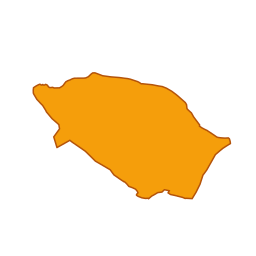 Melhan, Al Hudaydah, Yemen, rotated 135°
{"feature_id": "15242507B19184333962868", "entity_name": "Melhan", "entity_type": "district", "adm_level": 2, "iso_a3": "YEM", "parent_name": "Yemen", "parent_adm1": "Al Hudaydah", "projection": "mercator", "projection_center": [43.334, 15.324], "detail": "fine", "context": "isolated", "style": "filled", "palette": "amber", "viewbox_px": 256, "rotation_deg": 135, "n_neighbors": 0, "source": "geoboundaries", "source_scale": "gbopen_adm2", "svg_char_len": 2316}
<svg xmlns="http://www.w3.org/2000/svg" viewBox="0 0 256 256"><g transform="rotate(135 128 128)"><path d="M87.5,150.6L87.7,151.7L88.0,152.8L88.4,154.0L91.8,160.8L93.4,163.3L95.0,165.3L95.4,165.8L96.9,167.8L98.6,170.0L104.0,176.3L106.1,179.1L109.0,182.9L111.4,188.3L112.4,190.4L113.3,191.2L113.8,191.8L115.4,192.2L119.8,192.3L122.5,193.3L124.2,194.7L126.7,197.2L130.7,201.1L132.4,202.1L135.0,203.0L137.1,204.0L137.9,204.2L139.1,204.6L141.2,204.4L143.3,204.0L144.6,204.0L146.0,204.3L148.0,204.8L151.9,208.5L152.2,209.2L152.5,210.0L153.5,210.8L154.7,211.8L154.9,212.5L155.1,213.0L155.1,213.5L155.0,214.0L154.8,214.8L154.8,215.7L155.0,216.2L155.3,216.9L155.6,217.2L156.1,217.3L156.4,217.3L156.9,217.6L157.2,217.9L157.4,218.2L157.5,218.6L157.5,219.0L158.0,219.2L158.4,219.2L158.7,219.4L159.0,219.8L159.0,220.4L159.2,220.9L159.4,221.3L160.0,221.6L161.0,222.0L163.3,222.7L166.3,223.3L168.2,221.8L170.2,219.7L170.5,219.1L170.7,218.5L172.2,212.7L172.3,209.0L172.4,207.6L172.4,204.3L173.7,198.7L174.3,197.1L175.1,188.3L174.5,179.3L177.0,175.8L186.8,174.2L192.0,164.5L192.0,164.4L181.4,161.4L177.8,160.4L177.5,157.6L175.3,145.8L174.9,143.5L174.8,142.9L174.6,141.7L174.5,134.0L174.5,133.7L174.5,128.5L174.5,127.7L170.1,111.0L170.5,108.7L170.7,107.5L171.1,104.8L171.1,104.7L170.2,99.8L170.1,99.3L170.1,99.0L169.5,95.9L168.9,93.0L168.7,93.0L168.4,91.6L168.4,89.2L168.7,86.1L167.1,82.7L165.9,79.4L166.2,76.6L166.8,75.1L168.9,75.0L169.5,74.4L169.2,72.6L167.6,68.9L165.5,65.9L163.5,64.1L163.5,63.5L163.3,63.4L159.4,63.1L156.3,62.2L152.7,61.3L149.3,58.7L145.9,58.6L143.2,54.5L145.5,53.8L145.0,51.0L142.5,47.1L141.2,45.0L141.2,44.9L138.5,40.4L137.4,37.8L136.5,37.1L132.6,32.7L125.2,34.5L116.9,37.3L108.3,41.7L106.0,42.0L102.2,42.6L100.7,43.0L86.0,47.1L85.1,47.4L78.5,46.9L76.3,46.6L76.0,46.7L70.8,45.6L66.6,44.6L65.8,45.5L65.0,46.7L64.0,48.6L64.0,49.1L64.0,49.9L64.7,50.6L66.5,52.2L68.0,53.9L69.3,55.4L70.9,57.5L71.6,58.8L72.2,62.2L72.4,63.2L73.7,69.6L73.7,70.0L74.8,73.1L75.7,76.1L75.8,76.7L75.8,76.8L76.2,78.7L75.2,79.5L73.8,89.2L73.6,90.0L72.5,93.8L72.7,98.3L72.6,100.0L70.1,103.1L69.5,105.5L70.1,115.4L70.3,117.5L71.1,123.1L72.2,127.2L72.6,128.8L74.4,133.0L76.8,136.3L80.3,141.5L81.7,143.2L86.7,149.3L86.9,149.4L87.1,149.6L87.3,149.8L87.4,150.1L87.5,150.3L87.5,150.6Z" fill="#f59e0b" stroke="#b45309" stroke-width="1.5"/></g></svg>